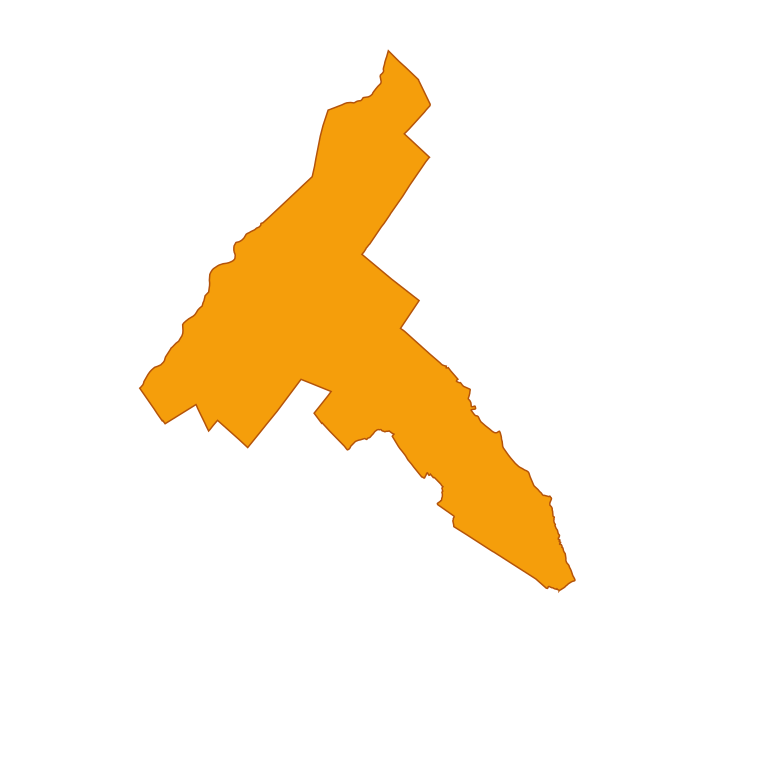 Filipestii De Targ, Prahova, Romania, rotated 235°
{"feature_id": "2599482B69581696134481", "entity_name": "Filipestii De Targ", "entity_type": "district", "adm_level": 2, "iso_a3": "ROU", "parent_name": "Romania", "parent_adm1": "Prahova", "projection": "robinson", "projection_center": [25.752, 44.957], "detail": "fine", "context": "isolated", "style": "filled", "palette": "amber", "viewbox_px": 768, "rotation_deg": 235, "n_neighbors": 0, "source": "geoboundaries", "source_scale": "gbopen_adm2", "svg_char_len": 6135}
<svg xmlns="http://www.w3.org/2000/svg" viewBox="0 0 768 768"><g transform="rotate(235 384 384)"><path d="M654.5,578.7L650.4,573.7L649.3,572.1L647.1,569.3L645.7,567.9L643.4,565.1L642.3,564.0L640.7,563.3L640.1,562.6L639.5,561.0L639.1,558.3L638.2,557.3L633.3,555.1L632.4,554.2L631.9,553.1L631.3,549.6L630.5,546.6L629.4,543.2L628.8,541.7L628.1,540.6L627.9,539.0L627.9,537.3L628.3,535.6L630.3,531.7L630.4,530.6L629.8,529.6L629.5,528.3L629.5,527.4L630.8,524.9L631.2,523.5L631.3,521.6L631.7,520.3L632.9,519.1L633.9,517.9L635.6,514.9L636.3,512.6L636.8,509.6L640.4,495.3L630.6,482.2L623.5,473.9L607.8,457.6L601.9,451.7L595.0,444.1L586.6,386.0L585.5,377.3L586.1,375.5L585.8,374.9L584.9,374.4L584.6,373.6L584.3,372.3L584.3,371.2L584.8,369.0L584.5,366.5L585.2,362.4L585.3,360.5L585.7,358.4L585.7,357.0L585.3,356.1L583.9,353.0L583.5,350.8L583.4,349.7L583.5,347.9L583.8,346.4L584.5,344.9L584.8,343.8L583.1,340.4L581.9,339.3L579.8,337.8L577.5,336.8L576.4,336.6L574.8,336.0L572.7,334.2L572.1,333.4L571.8,332.5L571.6,331.2L571.7,329.6L572.3,326.7L573.2,324.3L574.8,321.2L576.0,317.2L576.2,315.4L576.3,310.5L575.9,308.6L574.8,306.0L573.6,304.1L569.2,300.5L566.7,299.1L564.7,297.6L559.9,293.1L558.9,288.1L555.4,284.2L554.3,282.3L552.2,279.8L551.9,276.4L551.3,273.7L550.3,271.6L549.3,269.0L549.0,266.9L549.4,261.7L549.2,257.8L548.8,254.8L548.1,253.1L543.1,250.0L541.0,248.3L539.4,246.2L538.0,242.9L536.8,240.3L536.7,237.0L535.7,232.0L535.5,230.0L535.0,229.2L531.5,220.6L530.3,219.0L529.1,217.6L528.4,215.9L527.7,212.1L528.4,208.5L529.2,205.8L529.1,204.2L528.8,201.6L528.2,199.0L527.2,196.2L523.7,188.8L522.5,187.4L521.7,186.1L520.8,182.6L520.7,181.5L495.7,181.4L489.8,181.2L481.0,181.2L481.0,181.8L477.0,181.9L475.0,218.2L474.0,218.1L470.9,217.4L466.7,216.7L454.6,214.8L451.4,214.2L446.1,213.4L446.3,214.2L446.4,214.9L448.1,220.6L449.7,226.8L421.8,233.4L410.1,235.9L415.1,253.4L418.3,264.3L423.0,280.9L435.4,318.7L425.8,325.0L408.2,336.4L406.5,331.4L402.2,316.9L400.2,310.0L387.6,310.4L387.7,311.0L375.9,312.6L355.7,315.9L352.6,316.0L351.1,316.2L350.8,317.1L350.8,318.5L351.3,319.8L352.1,321.1L353.3,327.5L353.2,328.3L352.6,330.8L351.8,332.7L350.5,336.7L350.0,337.2L348.8,337.7L348.5,338.1L348.9,339.8L348.4,341.4L348.4,342.2L349.0,344.5L349.4,346.6L350.3,349.2L350.4,351.6L350.3,352.3L349.9,353.3L349.1,354.0L348.5,355.3L348.0,355.5L347.1,355.5L346.4,355.8L345.8,356.4L344.5,357.2L344.3,357.4L344.0,358.6L342.9,360.3L342.6,361.3L339.1,362.4L338.3,362.8L337.2,363.4L336.5,360.8L324.6,360.0L321.9,360.0L318.1,360.3L312.9,360.5L308.2,360.1L302.5,360.6L298.9,360.7L286.2,361.6L285.7,362.1L284.2,362.7L283.9,363.0L283.8,363.3L283.9,363.7L284.5,364.5L285.1,365.9L286.3,367.7L286.4,368.5L285.9,368.7L284.4,368.4L283.4,368.5L283.2,369.2L283.6,370.3L279.0,370.7L278.9,371.3L278.1,371.7L269.5,373.1L267.5,373.0L266.1,373.4L265.8,372.5L265.5,371.8L265.3,371.6L264.3,371.4L263.7,371.0L262.9,370.8L262.4,370.5L262.3,369.7L262.1,369.4L261.6,369.1L260.6,368.8L260.2,368.6L258.2,367.1L257.3,365.8L255.9,364.5L255.7,364.0L255.9,363.4L255.6,362.9L255.6,362.6L255.6,359.5L255.5,359.2L255.3,359.0L254.4,358.8L236.1,365.4L235.4,365.5L234.8,365.1L234.2,363.7L233.2,363.0L232.4,361.9L228.7,360.3L227.1,359.4L213.1,365.3L188.5,375.3L184.4,377.0L183.3,377.6L138.1,396.2L137.0,396.6L131.6,397.9L123.7,399.8L122.8,400.7L123.1,401.6L123.5,401.9L123.7,402.3L123.6,402.9L123.3,403.2L121.0,404.5L120.2,405.4L118.5,406.2L116.7,407.8L117.7,408.0L115.9,408.4L114.4,409.2L114.2,409.0L114.3,409.4L114.1,410.6L113.9,414.8L114.0,416.1L114.3,417.4L114.3,418.1L114.3,418.6L114.6,420.5L114.4,424.2L114.2,425.2L113.5,427.3L113.6,427.7L114.1,428.1L115.3,428.4L118.9,428.8L123.2,430.1L125.5,430.6L127.3,430.8L129.3,431.4L130.5,431.4L131.9,431.2L133.1,431.2L135.2,431.8L137.0,433.1L141.0,435.1L143.4,435.2L144.1,435.3L145.2,435.7L146.3,436.2L147.4,436.5L148.1,436.0L148.9,436.8L150.6,437.1L151.0,437.0L151.7,436.1L152.1,436.0L152.5,436.4L152.7,437.3L152.9,437.8L153.1,437.9L153.3,437.9L154.2,437.2L154.6,437.3L154.8,437.5L154.9,437.8L155.1,438.5L155.6,438.6L156.4,437.9L156.6,437.8L157.0,437.8L157.9,438.6L157.8,439.1L158.7,440.2L158.9,440.6L159.5,441.0L161.2,440.9L162.3,441.2L164.8,442.2L167.0,442.2L169.7,442.8L170.1,443.0L170.5,443.6L170.7,443.8L172.5,443.8L174.6,444.6L175.4,445.5L176.3,446.0L177.1,447.0L177.6,447.1L178.5,446.7L179.1,446.8L180.6,447.7L183.2,449.2L184.1,449.4L185.8,450.5L187.5,450.7L189.6,450.4L190.6,451.0L191.4,451.6L192.2,452.8L193.6,455.0L194.1,455.5L194.9,455.7L195.8,455.5L196.4,455.5L196.7,455.6L197.0,455.5L197.3,454.4L200.8,451.5L201.3,450.7L201.7,450.5L202.7,450.3L204.6,450.3L206.7,449.8L209.3,449.6L213.9,448.6L214.9,448.5L224.3,450.5L227.8,451.6L229.2,451.7L231.0,451.1L233.0,449.8L235.2,448.9L237.9,447.5L239.2,447.0L243.7,446.0L250.8,445.3L254.9,445.1L263.2,445.1L264.9,445.5L269.1,447.8L271.6,448.7L272.5,449.3L274.2,450.1L275.4,450.5L277.2,451.2L279.0,451.5L279.2,451.2L279.4,450.3L279.3,449.2L279.5,448.4L279.8,447.7L280.3,447.1L281.0,446.5L282.9,445.6L286.8,444.6L291.7,443.1L297.5,441.7L300.0,441.9L302.8,442.4L303.4,442.4L304.4,442.0L305.5,440.9L306.8,440.5L311.8,440.3L312.7,440.4L312.8,440.9L312.2,442.3L311.4,443.8L311.2,444.4L311.3,444.9L311.7,445.2L313.3,445.8L313.7,445.8L313.9,445.6L314.6,443.5L315.0,443.0L315.4,442.7L315.9,442.8L318.0,444.0L319.1,444.5L321.1,444.8L323.4,444.5L323.9,444.8L325.7,447.2L327.3,449.0L328.3,449.8L329.6,451.1L330.0,451.4L330.5,451.4L336.5,447.8L338.5,447.5L340.4,447.5L341.4,447.3L341.6,446.7L342.8,445.8L343.9,445.2L345.3,444.8L345.1,444.9L345.2,445.5L345.4,446.0L345.5,447.3L356.2,446.2L360.5,446.0L360.5,445.7L360.9,445.0L361.6,444.2L362.9,445.3L363.3,444.9L364.3,444.0L366.0,442.8L367.2,442.4L369.4,442.0L382.4,438.7L401.8,434.2L411.4,432.0L415.6,431.0L420.1,429.4L432.2,460.6L465.8,450.3L502.8,440.3L503.4,442.2L503.7,443.4L505.0,446.5L505.6,447.5L505.9,449.0L506.6,451.1L506.9,452.7L514.2,471.8L515.5,476.1L519.3,486.1L519.4,486.3L519.6,486.5L527.1,507.1L532.1,519.1L542.1,545.8L543.5,550.5L543.6,551.3L577.3,544.1L578.0,548.3L578.5,551.0L583.5,573.0L584.3,575.7L585.6,581.3L586.7,582.3L613.3,586.6L613.5,586.8L630.1,583.5L639.8,581.3L654.5,578.7Z" fill="#f59e0b" stroke="#b45309" stroke-width="1.5"/></g></svg>